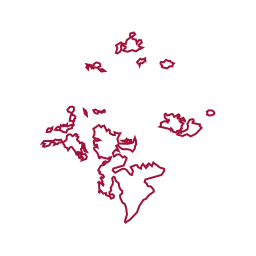 outline of Tongyeong-si, South Gyeongsang, South Korea, rotated 157°
{"feature_id": "91817680B95262291256995", "entity_name": "Tongyeong-si", "entity_type": "district", "adm_level": 2, "iso_a3": "KOR", "parent_name": "South Korea", "parent_adm1": "South Gyeongsang", "projection": "mercator", "projection_center": [128.349, 34.792], "detail": "fine", "context": "isolated", "style": "outline", "palette": "rose", "viewbox_px": 256, "rotation_deg": 157, "n_neighbors": 0, "source": "geoboundaries", "source_scale": "gbopen_adm2", "svg_char_len": 5938}
<svg xmlns="http://www.w3.org/2000/svg" viewBox="0 0 256 256"><g transform="rotate(157 128 128)"><path d="M161.8,42.9L152.6,46.9L148.0,51.8L142.0,55.8L138.9,55.8L135.5,57.8L129.2,59.3L128.5,60.9L129.6,65.0L132.5,66.9L132.6,69.6L133.8,71.9L132.1,73.8L115.6,71.7L111.2,74.5L110.8,76.4L114.0,79.1L118.2,86.3L120.9,83.5L122.6,87.2L125.2,86.3L124.5,85.4L127.1,84.2L128.3,89.1L130.8,87.4L131.9,85.5L134.0,88.0L134.0,90.1L136.1,91.0L140.8,91.0L140.2,86.5L142.7,83.3L144.2,84.4L145.7,89.9L147.1,91.8L149.4,92.6L157.3,91.8L158.7,95.0L157.3,96.4L146.5,95.2L141.0,100.7L142.1,103.2L144.2,102.8L146.1,107.0L148.4,107.9L152.0,107.2L151.8,110.8L147.8,112.9L145.6,110.4L145.9,116.1L144.0,116.3L143.1,113.3L141.2,110.6L136.8,108.7L134.5,107.0L133.0,104.5L129.8,106.4L128.5,108.7L127.0,109.6L125.6,113.4L125.4,116.5L128.7,112.9L130.4,112.7L134.5,113.6L142.7,117.4L142.0,122.2L137.2,126.2L139.3,126.9L142.0,129.4L142.9,126.7L144.4,127.3L146.7,130.1L145.7,133.4L146.5,134.3L148.8,133.4L149.0,139.5L150.9,139.8L152.4,139.1L153.5,142.1L160.2,140.8L160.2,137.7L161.7,134.9L163.6,133.2L163.3,132.1L159.8,129.6L158.6,127.7L162.2,128.4L163.6,129.8L164.7,129.4L165.6,125.4L163.1,124.8L163.7,122.0L164.4,123.0L166.7,123.2L167.5,121.5L165.9,117.1L166.3,111.5L165.9,111.2L165.0,112.4L158.4,107.4L156.3,108.1L155.0,107.7L157.8,105.2L160.2,104.4L161.9,106.2L163.8,106.2L164.9,105.2L162.9,104.0L164.4,103.4L168.0,103.8L172.0,100.7L170.8,98.3L172.0,97.8L171.7,96.7L169.2,94.2L169.3,92.3L170.5,91.9L171.6,93.1L172.7,92.8L172.3,88.8L173.2,88.3L172.5,85.8L173.3,84.9L175.6,89.8L176.7,89.4L176.7,87.4L178.6,81.9L179.9,80.6L179.5,79.8L177.6,81.0L176.3,77.2L173.8,76.8L174.4,74.9L171.4,71.9L171.2,69.6L168.3,69.6L167.4,71.3L168.0,73.0L170.8,73.8L170.2,76.2L167.8,77.0L167.4,79.7L164.2,82.1L163.0,84.0L162.3,87.8L160.4,88.8L159.6,88.0L159.8,83.8L158.1,80.8L159.0,77.8L159.0,74.5L157.9,72.4L158.7,70.2L161.7,69.2L162.5,65.8L162.1,61.1L160.7,59.5L160.9,55.5L162.3,50.2L162.8,48.7L167.4,43.2L167.2,41.9L161.8,42.9ZM178.8,115.9L177.1,117.7L177.7,120.9L181.6,121.7L184.0,124.4L184.2,125.5L182.9,125.4L180.6,122.6L180.0,123.1L179.6,127.0L178.4,127.2L176.8,130.2L176.3,128.2L177.1,123.6L175.2,122.1L175.7,125.5L174.5,130.2L176.1,132.7L178.3,132.9L178.2,134.4L179.4,136.4L179.3,137.7L177.2,139.0L178.6,140.8L177.3,141.5L178.2,142.8L179.7,143.0L180.8,142.2L182.4,142.3L183.0,144.2L184.8,145.2L187.3,144.7L189.2,141.2L193.2,140.1L193.8,138.8L193.1,137.2L193.7,135.6L191.8,133.2L191.8,131.0L189.1,132.8L187.5,132.8L187.0,132.1L185.7,126.6L185.9,123.8L184.7,123.0L184.2,121.4L184.6,119.7L183.6,118.6L182.3,120.3L181.2,118.9L181.3,117.6L183.1,116.3L178.8,115.9ZM88.0,107.0L85.6,105.0L84.0,106.0L80.2,105.4L79.7,106.6L78.5,106.7L78.3,108.6L75.2,110.6L77.5,113.0L77.8,114.1L74.2,113.5L73.0,112.0L72.6,112.5L73.1,115.8L76.6,115.7L76.9,117.3L77.3,116.4L78.6,117.5L78.2,118.4L75.8,118.9L75.6,119.9L76.2,120.8L81.1,120.1L81.4,123.1L82.0,123.7L86.9,124.1L87.6,126.4L89.0,126.3L90.0,123.3L88.7,120.0L87.2,119.7L87.4,118.7L88.4,118.7L89.3,117.5L90.3,119.4L92.2,120.0L95.9,119.8L96.8,117.1L98.3,116.8L91.5,111.9L89.8,110.3L89.6,109.2L88.5,110.8L87.7,108.5L88.0,107.0ZM91.5,195.9L90.1,195.5L87.3,196.4L86.3,195.9L83.2,196.3L85.8,198.4L86.1,199.6L85.9,200.2L81.9,201.3L81.8,203.9L83.9,204.6L86.8,202.5L86.2,206.2L89.0,208.2L88.6,210.3L84.7,211.5L85.4,213.6L88.9,214.1L90.1,212.3L89.6,210.5L94.8,209.4L97.1,206.3L100.5,208.0L101.0,209.5L106.7,208.7L106.5,205.9L109.8,201.8L108.7,200.8L105.2,201.4L103.0,203.9L102.6,206.0L101.7,206.9L98.4,204.0L98.7,202.8L102.2,201.4L101.5,200.5L98.6,198.4L93.5,198.0L91.5,195.9ZM76.1,99.3L73.6,95.8L68.1,96.1L60.2,99.4L61.2,101.9L60.4,103.1L66.6,107.4L66.1,108.3L64.8,108.7L64.5,110.3L65.1,110.9L68.0,111.4L71.9,108.4L71.8,106.6L73.9,103.5L78.4,103.1L80.4,104.2L80.9,102.8L83.1,103.9L85.1,102.7L80.9,99.3L76.1,99.3ZM189.1,149.6L186.6,148.0L184.3,150.2L179.7,149.8L178.6,151.3L176.8,151.9L176.7,153.0L183.3,153.1L183.5,154.0L182.8,155.2L184.7,154.4L185.2,155.7L186.2,156.2L186.4,154.9L187.6,155.2L188.8,156.8L190.5,154.1L191.5,156.3L193.5,156.3L195.9,154.9L191.1,152.3L189.1,149.6ZM65.9,168.5L63.0,167.4L61.7,169.2L60.6,169.6L62.5,171.5L63.1,173.4L64.4,173.6L66.3,175.8L69.6,174.6L71.8,175.9L72.6,175.3L73.0,174.0L72.1,172.0L73.0,171.1L72.4,170.2L68.5,167.6L65.9,168.5ZM199.3,140.7L197.2,141.7L195.5,140.8L194.0,141.2L194.2,143.4L197.8,144.5L199.2,145.7L201.9,145.3L210.5,148.8L213.2,147.3L211.6,146.9L210.8,145.9L213.2,144.7L213.4,144.2L212.4,143.4L207.2,142.8L204.6,144.9L202.0,143.9L201.2,142.8L202.6,141.3L200.2,141.4L199.3,140.7ZM173.2,170.1L176.7,168.5L176.8,166.6L175.0,165.0L174.3,163.1L176.9,160.6L178.8,157.4L176.7,156.3L176.0,154.8L175.0,155.2L174.2,157.2L172.9,157.5L172.0,158.9L172.6,160.7L173.8,161.4L174.0,163.7L171.0,165.2L169.8,168.0L171.0,169.5L173.2,170.1ZM134.7,196.7L131.8,194.9L131.2,195.8L129.3,195.6L128.6,197.5L129.1,198.7L131.0,200.5L132.3,200.6L134.4,200.2L135.0,199.1L135.8,199.1L141.3,202.9L141.1,201.0L142.6,200.2L141.8,197.7L140.5,200.0L139.4,200.0L138.2,198.9L138.0,197.2L137.2,197.5L136.4,196.3L135.7,196.9L134.7,196.7ZM48.4,107.8L45.7,106.9L43.3,107.2L42.6,108.0L42.8,109.8L43.8,111.3L46.8,112.7L49.0,112.2L49.1,110.6L50.0,109.5L48.4,107.8ZM92.6,182.6L92.9,181.0L91.2,182.9L89.4,182.0L86.3,183.2L85.9,182.8L85.0,185.4L88.7,185.6L89.6,187.0L93.9,185.1L93.7,183.5L92.6,182.6ZM143.3,151.8L142.5,153.0L143.0,153.9L146.0,153.2L149.3,155.7L150.8,157.7L153.0,157.8L152.7,155.0L151.2,153.5L150.2,153.1L149.1,154.4L148.3,154.3L146.3,152.2L144.6,152.6L143.3,151.8ZM203.4,157.7L204.4,156.0L200.9,154.9L198.6,156.3L197.5,158.0L199.5,157.7L201.4,158.8L203.4,157.7ZM132.1,114.5L132.0,113.7L131.0,113.9L129.7,115.8L132.1,116.6L133.4,117.7L133.5,118.5L135.9,117.6L138.4,118.6L137.8,117.7L136.0,117.4L136.1,116.7L133.5,117.2L134.7,115.3L133.2,114.0L132.1,114.5ZM130.6,190.5L127.0,189.4L128.4,192.1L131.7,193.1L130.6,190.5ZM161.3,162.4L162.2,158.0L161.0,155.4L160.0,158.6L160.3,160.9L161.3,162.4Z" fill="none" stroke="#9f1239" stroke-width="2"/></g></svg>